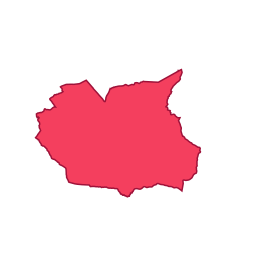 outline of Provita De Sus, Prahova, Romania, rotated 307°
{"feature_id": "2599482B41461583551920", "entity_name": "Provita De Sus", "entity_type": "district", "adm_level": 2, "iso_a3": "ROU", "parent_name": "Romania", "parent_adm1": "Prahova", "projection": "albers", "projection_center": [25.633, 45.139], "detail": "fine", "context": "isolated", "style": "filled", "palette": "rose", "viewbox_px": 256, "rotation_deg": 307, "n_neighbors": 0, "source": "geoboundaries", "source_scale": "gbopen_adm2", "svg_char_len": 5752}
<svg xmlns="http://www.w3.org/2000/svg" viewBox="0 0 256 256"><g transform="rotate(307 128 128)"><path d="M110.2,208.9L116.9,205.5L118.7,203.8L119.0,203.6L119.5,203.5L119.8,203.7L120.1,204.0L120.4,204.5L120.7,205.4L121.2,206.0L123.0,207.7L124.1,208.3L126.5,209.0L127.6,208.9L129.1,208.6L130.3,208.5L131.6,208.8L132.8,209.6L133.2,209.6L134.4,209.2L135.2,208.6L135.5,208.3L135.9,207.7L137.0,206.9L137.5,206.3L138.0,206.1L138.9,206.1L139.6,205.8L140.5,204.9L141.5,204.2L142.9,203.1L144.3,202.6L144.7,202.3L145.2,201.7L145.6,201.4L147.4,200.8L149.2,200.0L150.0,199.8L150.8,199.8L151.7,200.3L152.3,200.3L152.6,200.1L152.8,200.0L153.2,198.9L155.1,198.0L155.6,197.0L155.3,196.3L154.6,195.1L154.6,194.6L154.7,194.2L154.6,193.3L154.5,191.9L154.0,189.9L153.8,189.3L154.3,187.9L154.3,187.6L154.0,186.9L153.9,185.8L153.9,184.1L154.1,183.1L154.0,181.8L153.8,180.6L153.8,180.1L153.9,179.8L154.4,179.1L154.6,178.7L154.7,177.1L154.3,176.6L155.3,175.0L157.4,172.2L158.0,171.7L159.7,170.8L160.2,170.4L161.2,168.8L162.3,167.4L164.3,163.9L165.7,163.7L167.5,163.3L166.7,162.4L166.1,161.3L166.2,158.4L166.7,157.6L166.7,156.8L166.6,156.5L166.4,156.1L165.1,155.0L164.6,154.5L164.5,154.1L164.9,153.5L165.8,153.2L166.0,153.0L166.1,152.1L166.3,151.9L166.6,151.6L167.2,151.4L167.2,151.0L166.6,149.7L166.5,149.2L166.3,148.7L167.4,148.1L167.9,147.6L168.2,146.5L167.8,145.9L167.7,145.7L167.9,145.5L168.0,145.4L168.6,145.6L169.0,145.5L170.1,145.6L171.0,145.5L171.4,144.4L171.7,143.9L172.3,143.6L173.4,142.8L173.8,142.7L174.4,142.3L176.0,142.1L176.2,141.8L176.8,141.6L177.1,141.3L177.5,141.3L178.3,141.8L179.3,141.3L179.9,141.2L181.3,141.6L181.6,141.5L182.8,141.1L182.8,140.9L183.0,140.9L182.8,140.6L182.9,140.4L183.5,140.2L184.3,139.4L185.9,139.1L187.2,139.2L188.3,138.8L188.9,139.0L190.1,139.1L191.8,139.4L193.6,139.6L196.0,140.4L198.4,140.4L198.9,140.1L199.0,139.8L199.5,139.3L200.2,138.9L202.2,138.6L204.8,137.8L205.2,137.5L205.8,136.6L206.8,135.5L205.8,134.9L204.3,134.3L204.2,133.6L203.5,134.0L203.3,134.0L203.0,133.8L203.0,133.5L202.6,133.3L201.6,133.2L201.3,132.9L182.8,124.7L174.8,112.9L174.5,112.1L173.4,111.7L172.3,110.7L171.9,110.5L170.9,110.5L170.4,110.3L170.1,109.9L170.0,108.8L169.7,108.1L169.0,107.1L168.4,106.6L168.1,106.4L167.7,106.4L166.6,106.8L166.2,106.7L165.8,106.3L165.5,105.6L165.0,104.8L162.0,102.9L161.6,101.6L161.4,100.2L161.2,99.9L160.6,99.6L160.1,99.2L159.5,99.2L158.7,98.6L157.8,97.7L156.6,96.2L155.4,94.9L154.7,94.4L153.2,93.0L152.4,92.7L152.3,92.3L151.8,92.2L151.7,91.8L151.2,91.7L150.8,91.3L150.3,91.0L149.8,91.0L149.4,90.7L149.2,90.8L149.0,90.6L148.8,90.0L147.9,90.3L147.2,90.4L146.5,90.8L144.2,91.3L140.8,91.6L138.8,92.2L137.7,92.9L135.7,93.7L135.4,93.8L135.1,93.5L135.0,93.4L134.9,93.1L135.1,92.2L135.9,90.2L136.4,87.4L136.9,84.8L137.3,83.2L138.5,76.8L138.9,76.0L138.9,75.7L139.0,75.3L141.0,65.9L137.4,64.1L134.6,62.8L133.9,62.3L130.3,58.5L128.9,56.5L125.6,52.4L121.2,49.6L120.2,49.3L119.9,50.4L119.9,51.1L119.7,51.6L119.2,52.2L118.1,52.9L117.9,54.2L117.5,54.1L116.3,53.7L114.6,52.6L114.1,52.1L113.9,52.2L112.9,51.7L112.7,51.5L112.1,50.8L111.1,50.5L110.8,49.7L110.6,49.5L109.4,49.2L108.5,49.4L107.9,49.3L106.5,48.6L105.4,48.2L104.2,48.0L103.9,48.3L103.6,49.0L103.5,49.6L103.4,50.5L103.2,51.3L102.7,52.3L102.2,54.3L101.6,55.8L101.1,57.4L100.8,56.9L99.9,56.1L98.8,55.7L96.8,55.4L95.7,54.9L95.4,54.7L94.4,52.8L93.5,51.7L93.4,51.5L93.4,50.3L93.2,50.0L93.0,49.9L92.3,50.0L91.2,50.5L90.5,50.5L88.5,49.7L88.0,49.3L87.8,49.1L87.7,48.7L85.8,47.2L85.7,47.0L84.1,46.4L82.1,48.2L81.8,49.0L81.7,49.2L81.9,49.3L82.7,49.6L82.6,49.9L82.6,50.8L81.9,50.9L81.0,50.7L80.3,51.0L80.0,51.3L79.6,52.0L79.3,53.5L78.9,54.1L78.8,54.4L78.7,54.5L77.9,55.2L77.1,55.5L76.2,55.6L75.5,56.7L74.9,56.9L74.6,57.4L74.4,58.0L74.2,58.5L73.3,59.8L68.3,59.9L67.6,60.1L64.7,60.0L64.7,60.4L64.5,60.7L64.6,61.6L64.8,62.3L64.8,62.6L64.5,63.2L64.8,63.7L64.8,64.0L64.3,64.6L63.6,66.1L63.0,68.1L62.7,68.6L62.2,69.0L62.1,69.3L62.4,69.8L62.2,70.4L62.3,70.7L62.8,71.4L62.9,72.3L62.7,73.1L62.8,73.2L62.8,73.8L62.5,74.6L62.5,75.6L62.2,76.1L61.8,76.5L61.5,76.9L61.4,77.1L61.4,78.6L61.1,79.5L60.6,79.7L60.3,80.6L59.5,81.9L59.3,83.0L58.7,84.0L58.0,85.0L57.8,85.4L57.9,86.0L58.1,87.0L58.7,88.4L58.6,89.5L58.7,90.9L58.4,92.4L58.7,93.0L58.7,93.4L58.6,93.9L57.8,94.9L57.7,95.2L57.8,95.4L57.8,96.3L58.2,97.4L58.2,97.9L58.4,99.2L58.5,102.1L58.5,102.3L58.2,102.8L57.5,103.6L54.6,106.0L53.8,106.6L52.8,107.8L51.7,108.6L51.5,108.9L49.9,112.2L49.2,113.1L49.2,113.6L51.5,119.3L52.7,121.5L55.1,125.4L58.7,130.7L59.1,131.4L59.1,131.8L58.6,132.8L58.6,133.3L59.8,134.6L60.4,135.4L60.9,136.0L61.9,137.9L62.7,138.8L63.2,140.0L64.4,141.2L64.5,141.6L64.5,142.4L64.6,142.7L64.8,142.9L65.2,143.1L65.6,143.5L66.0,144.3L66.8,144.9L67.3,145.8L67.7,146.2L67.9,146.5L67.9,147.5L68.2,148.0L68.5,149.0L69.3,149.9L70.1,151.3L71.2,152.5L71.7,154.0L72.4,154.9L73.0,155.8L73.0,156.4L72.9,156.9L72.2,157.9L72.0,158.5L71.6,160.5L71.0,161.4L70.9,161.8L70.9,162.2L71.2,162.3L71.4,162.7L71.1,164.0L71.2,164.4L71.5,164.8L72.0,164.8L72.2,165.2L72.2,165.5L72.0,166.4L72.0,166.6L72.5,167.0L72.4,167.8L72.6,168.5L72.8,169.1L73.0,169.2L73.4,169.1L73.8,169.2L74.0,169.8L74.3,170.1L75.6,169.6L76.5,169.7L76.8,169.7L77.5,169.2L77.9,169.4L78.4,170.2L78.8,170.4L79.3,170.2L79.9,169.7L80.0,169.8L80.1,170.1L80.4,170.2L82.6,169.8L83.4,170.0L83.9,170.4L85.0,171.6L85.9,173.7L86.4,174.4L87.0,174.9L88.2,175.4L90.3,175.8L90.8,176.1L91.3,176.8L91.7,178.6L91.9,179.0L93.7,180.4L95.2,182.4L95.7,182.7L97.1,182.9L97.9,183.2L98.3,183.4L99.6,184.5L100.6,184.5L101.2,184.8L101.7,185.4L102.0,185.9L102.4,187.5L102.6,188.1L103.8,190.1L104.1,190.7L104.4,192.0L105.5,194.0L105.9,195.8L107.1,197.5L107.5,198.3L107.9,200.6L108.2,201.1L109.4,202.2L109.7,202.7L110.1,203.9L110.2,204.5L110.3,207.4L110.2,208.9Z" fill="#f43f5e" stroke="#9f1239" stroke-width="1.5"/></g></svg>